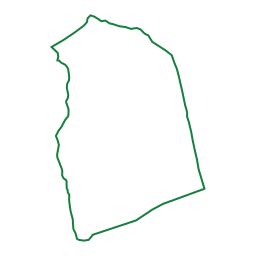 Ar Rusayris, Blue Nile, Sudan
{"feature_id": "16777658B20285079264513", "entity_name": "Ar Rusayris", "entity_type": "district", "adm_level": 2, "iso_a3": "SDN", "parent_name": "Sudan", "parent_adm1": "Blue Nile", "projection": "natural_earth1", "projection_center": [34.492, 12.166], "detail": "fine", "context": "isolated", "style": "outline", "palette": "green", "viewbox_px": 256, "rotation_deg": 0, "n_neighbors": 0, "source": "geoboundaries", "source_scale": "gbopen_adm2", "svg_char_len": 1485}
<svg xmlns="http://www.w3.org/2000/svg" viewBox="0 0 256 256"><path d="M90.5,15.4L88.3,17.6L87.6,18.3L86.9,22.2L84.0,25.5L76.7,31.0L73.4,33.3L70.1,35.6L63.0,40.3L61.5,41.2L51.6,46.9L51.5,47.0L53.8,49.1L57.7,52.9L58.3,56.7L58.0,57.5L57.4,60.4L59.0,60.6L60.3,61.8L61.1,62.6L65.1,64.7L66.8,66.6L68.1,68.9L68.8,73.6L69.2,77.8L68.9,80.5L67.2,83.8L66.8,87.6L68.0,93.6L68.3,95.5L67.8,98.1L66.4,100.6L66.1,102.2L68.5,109.1L68.5,113.8L68.1,116.3L65.1,120.0L62.3,125.2L61.8,126.4L58.4,130.9L57.0,133.9L56.1,135.3L56.0,136.2L57.6,140.2L58.9,145.0L57.6,151.9L57.1,154.8L57.4,157.7L59.8,163.6L60.1,164.6L62.0,169.4L62.3,171.7L62.1,175.3L63.1,177.5L63.8,178.5L66.3,180.2L66.6,182.1L66.6,186.7L66.9,188.9L67.6,189.8L67.8,192.5L69.3,194.7L69.1,200.1L69.9,206.7L70.7,211.7L71.7,215.3L72.7,218.9L73.0,223.8L73.2,226.5L73.4,229.0L74.5,231.4L75.5,233.2L77.0,238.8L79.0,239.9L83.7,240.6L88.6,239.9L91.4,236.7L92.7,234.8L136.1,220.4L152.0,209.8L160.5,205.2L163.5,203.7L204.4,188.8L204.5,188.7L204.2,187.8L198.7,169.6L197.7,163.9L196.9,159.2L195.0,151.2L192.7,140.4L192.5,139.2L191.1,131.4L190.0,127.0L189.0,122.5L187.1,116.7L187.1,112.6L186.6,110.2L185.3,105.9L182.0,90.1L181.4,87.7L178.8,76.3L176.9,69.0L174.1,62.1L171.8,55.3L165.7,50.5L152.3,41.9L148.3,35.4L144.6,33.6L140.6,29.5L136.7,28.0L134.0,28.4L131.1,28.9L125.6,27.1L119.3,26.2L112.6,24.0L109.5,23.4L109.3,23.2L105.5,20.6L101.3,21.2L98.4,19.1L95.9,17.6L94.5,16.8L94.2,16.6L90.5,15.4L90.5,15.4Z" fill="none" stroke="#15803d" stroke-width="2"/></svg>